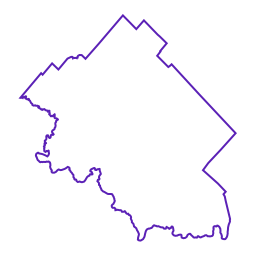 the district of Monte, Buenos Aires, Argentina
{"feature_id": "61730980B93860432283235", "entity_name": "Monte", "entity_type": "district", "adm_level": 2, "iso_a3": "ARG", "parent_name": "Argentina", "parent_adm1": "Buenos Aires", "projection": "equal_earth", "projection_center": [-58.915, -35.5], "detail": "fine", "context": "isolated", "style": "outline", "palette": "violet", "viewbox_px": 256, "rotation_deg": 0, "n_neighbors": 0, "source": "geoboundaries", "source_scale": "gbopen_adm2", "svg_char_len": 5786}
<svg xmlns="http://www.w3.org/2000/svg" viewBox="0 0 256 256"><path d="M198.7,93.8L171.6,64.3L170.0,65.8L168.3,67.0L157.2,55.8L160.5,51.5L160.2,51.1L166.7,43.3L159.8,36.5L157.7,34.7L143.9,20.4L136.3,29.1L122.9,15.4L98.7,43.8L85.5,58.8L81.7,55.1L79.5,55.0L78.1,55.8L77.4,57.0L77.6,57.6L76.9,57.9L76.8,58.2L76.1,57.9L74.4,58.0L73.3,57.6L72.9,58.2L72.2,56.9L71.1,56.9L67.5,58.6L58.4,69.5L52.1,63.4L42.6,74.7L41.1,73.2L20.4,97.8L21.0,97.9L21.9,97.4L22.8,98.0L23.2,97.3L24.3,96.8L25.2,96.8L25.6,96.3L25.9,96.3L26.1,96.6L26.1,97.0L25.3,97.6L25.2,98.0L25.4,98.3L25.7,98.6L26.4,98.8L27.1,99.3L27.5,99.4L28.3,98.9L28.8,99.0L29.1,99.4L29.0,100.2L30.0,100.8L31.0,102.9L32.3,104.0L32.4,104.8L32.5,105.1L33.6,105.6L34.1,105.6L35.1,105.3L36.0,105.8L37.3,105.7L38.7,106.2L39.1,106.5L39.1,106.8L38.3,107.0L38.2,107.3L38.4,107.6L39.9,108.5L40.6,108.6L40.8,108.8L41.0,109.3L41.6,109.5L42.1,109.9L42.4,109.9L42.8,109.3L43.5,109.4L44.2,109.1L45.0,109.6L45.5,110.2L47.3,110.6L47.8,111.6L48.4,111.5L49.1,110.7L49.4,110.8L49.5,111.2L49.2,112.2L49.7,112.9L49.8,113.2L49.2,113.9L49.2,114.3L50.4,115.4L50.8,116.2L51.0,116.3L51.8,115.9L52.4,116.2L52.7,116.1L53.6,115.1L54.6,114.4L54.7,114.6L54.5,115.2L54.8,116.0L54.4,117.1L54.6,117.8L55.0,118.2L56.6,118.4L57.9,119.4L57.8,119.7L56.9,120.2L56.1,121.0L56.1,121.9L55.5,122.6L55.3,123.8L55.6,125.4L55.5,126.2L55.3,127.1L54.8,127.7L54.6,128.2L54.6,128.8L54.2,129.4L52.5,130.5L52.1,131.3L52.0,131.8L52.2,132.4L53.0,133.4L53.6,134.3L53.2,134.8L52.7,134.9L51.5,134.7L50.9,135.2L50.7,135.7L50.7,136.9L50.3,137.7L49.8,138.0L49.4,137.9L48.9,137.3L48.4,136.7L48.0,135.4L47.2,135.3L46.7,135.6L46.3,136.3L46.4,138.6L46.2,139.5L44.8,140.7L44.8,141.4L44.9,141.7L45.9,142.8L46.0,143.2L45.6,143.5L44.9,143.3L44.6,143.3L44.5,143.6L44.5,144.4L44.9,144.9L44.9,145.2L44.8,145.5L44.0,146.2L43.9,146.6L44.5,147.1L44.5,147.8L44.1,148.3L44.3,149.5L44.2,149.8L44.3,151.0L44.5,151.3L45.6,151.9L46.5,151.0L47.4,151.2L48.4,150.6L48.6,150.7L49.0,153.7L48.3,155.4L47.3,156.4L45.5,155.4L42.7,154.2L41.2,153.8L39.1,153.5L38.5,152.8L38.0,152.7L36.4,153.7L35.9,155.2L36.0,156.0L36.6,157.0L36.6,157.4L36.8,157.6L37.4,159.3L37.8,160.1L38.5,160.6L39.7,161.9L40.3,162.2L41.3,161.9L42.4,162.1L43.1,161.9L45.5,162.0L46.5,161.6L47.0,161.8L48.6,161.5L48.9,161.6L49.4,162.3L49.9,162.4L50.1,162.9L50.3,163.8L50.4,165.4L50.1,166.4L50.3,167.8L50.7,168.6L50.9,169.1L51.6,170.0L51.8,170.5L51.6,171.0L51.6,171.8L52.3,172.6L54.1,172.7L55.1,172.3L55.9,171.9L57.4,170.3L58.5,169.5L59.1,169.6L60.3,170.1L61.6,170.0L64.7,168.9L66.4,167.9L67.7,166.9L68.8,167.3L69.6,168.2L69.3,169.5L69.4,169.9L70.2,170.4L70.5,171.5L71.9,172.9L72.4,173.9L73.3,174.7L73.4,175.1L73.5,177.3L74.2,178.1L74.4,179.2L74.8,179.6L75.7,179.5L76.2,179.7L76.6,181.1L77.8,182.0L78.7,181.8L79.6,181.5L81.2,182.1L82.5,182.1L84.1,181.6L85.2,180.3L87.0,177.2L88.2,176.1L89.4,175.7L89.8,174.5L90.3,174.2L91.8,174.5L92.4,174.3L92.5,173.9L91.7,172.0L91.3,171.7L90.6,171.5L90.3,171.2L90.3,170.6L90.5,170.1L91.2,169.3L93.5,168.2L94.2,168.0L94.6,168.1L94.9,168.5L95.2,169.8L95.8,170.0L96.5,170.0L97.2,169.3L98.3,169.2L99.3,168.9L99.6,169.0L99.8,171.0L100.3,172.2L100.4,172.7L100.7,173.3L100.8,174.0L99.3,176.0L99.1,176.5L99.0,177.7L99.5,178.9L98.9,179.7L97.9,179.8L97.4,181.2L98.8,182.7L99.0,183.5L99.0,184.9L100.0,185.5L100.2,187.0L101.2,188.8L101.4,189.8L103.2,191.5L104.1,191.8L107.5,193.8L108.5,194.0L111.1,194.0L111.9,194.1L112.4,194.5L112.7,195.4L113.6,196.6L113.8,197.6L114.3,198.6L114.4,199.8L114.8,200.9L114.4,201.8L114.3,202.3L113.8,203.0L113.4,203.9L112.3,204.7L111.8,205.4L111.7,205.8L111.9,206.9L112.3,207.5L112.7,207.8L114.4,207.8L115.0,208.3L115.3,208.6L115.4,209.0L115.3,209.5L115.4,210.2L116.1,210.1L117.0,209.7L117.5,209.9L118.2,209.9L119.6,210.2L120.7,210.2L121.3,210.5L122.0,211.8L124.0,211.7L124.8,211.2L125.4,211.8L125.8,212.7L126.1,212.9L126.4,213.4L126.8,213.7L127.9,213.9L128.5,214.5L128.6,214.3L129.0,214.9L129.7,215.1L130.3,215.6L130.9,216.6L131.1,217.3L130.8,218.6L131.9,221.0L131.9,222.3L133.4,223.8L133.9,225.6L134.0,226.3L134.6,227.0L135.1,227.2L136.3,228.3L137.0,230.2L137.9,231.6L138.9,233.9L138.9,234.7L138.1,237.6L138.0,238.9L137.9,239.6L138.5,240.2L140.2,240.6L141.0,240.4L143.1,239.1L144.4,236.9L144.8,235.3L145.0,234.2L145.8,231.2L146.8,229.5L148.5,228.6L149.6,228.6L150.4,228.2L151.4,228.0L152.2,227.4L152.8,226.3L154.0,225.3L154.3,225.3L155.2,225.8L155.9,225.8L157.1,226.4L158.4,226.2L160.9,227.3L162.8,227.4L163.5,228.0L164.0,228.6L164.8,228.7L165.7,228.7L166.1,228.0L166.5,227.0L166.7,226.9L167.1,227.4L168.3,227.9L169.1,228.7L169.5,228.8L170.0,228.2L171.0,227.9L171.5,226.7L171.9,226.5L172.5,226.7L172.7,227.0L173.1,228.0L173.5,230.6L173.2,231.4L172.7,232.1L172.5,232.8L172.4,233.2L172.7,234.2L173.8,235.3L175.3,235.8L177.2,235.6L178.6,234.9L180.4,234.6L181.0,234.7L181.5,235.2L181.5,236.3L181.7,237.5L182.3,237.8L183.4,238.2L185.2,237.9L186.1,237.3L186.8,236.7L187.4,235.3L187.7,234.8L189.2,233.9L190.0,233.8L190.3,233.9L191.4,235.3L192.4,236.1L193.6,237.4L194.7,237.6L195.5,237.4L196.9,237.6L197.2,237.4L197.7,236.3L198.3,236.2L200.0,237.3L200.8,237.4L201.7,236.9L204.1,236.0L204.9,235.4L205.4,235.3L206.3,235.2L207.9,236.3L209.0,236.2L209.7,236.4L210.7,236.3L212.2,235.9L212.8,235.3L213.3,233.2L213.1,231.3L213.6,229.4L213.7,228.9L213.4,228.2L213.6,226.9L214.1,226.4L214.6,226.2L215.1,226.1L216.1,226.5L216.6,226.3L217.2,225.6L217.8,225.7L219.2,226.7L220.3,228.8L220.5,231.2L220.3,232.2L220.6,233.1L221.3,234.1L221.9,236.2L221.7,237.9L222.0,238.5L222.8,238.9L223.8,239.1L225.1,239.1L225.4,239.0L226.4,237.7L226.9,236.8L227.3,235.6L227.7,233.4L227.6,232.1L227.9,230.1L228.1,227.3L228.8,224.4L229.8,222.0L230.0,221.2L229.8,219.9L230.1,219.1L225.7,200.9L224.8,196.5L223.5,194.2L225.7,191.7L217.9,183.5L203.0,170.2L208.3,163.0L220.7,149.8L235.6,133.2L198.7,93.8Z" fill="none" stroke="#5b21b6" stroke-width="2"/></svg>